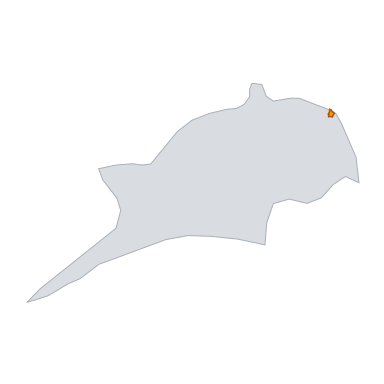 location of Acheleia, Paphos, Cyprus, rotated 179°
{"feature_id": "46923920B16437409415047", "entity_name": "Acheleia", "entity_type": "district", "adm_level": 2, "iso_a3": "CYP", "parent_name": "Cyprus", "parent_adm1": "Paphos", "projection": "equal_earth", "projection_center": [32.481, 34.728], "detail": "fine", "context": "in_parent", "style": "filled", "palette": "amber", "viewbox_px": 384, "rotation_deg": 179, "n_neighbors": 0, "source": "geoboundaries", "source_scale": "gbopen_adm2", "svg_char_len": 1795}
<svg xmlns="http://www.w3.org/2000/svg" viewBox="0 0 384 384"><g transform="rotate(179 192 192)"><path d="M281.0,205.6L285.0,216.9L268.1,220.2L251.2,221.3L241.7,219.9L232.9,220.6L205.5,252.8L190.7,263.8L173.1,270.3L155.2,274.2L146.2,274.7L138.2,278.8L132.7,286.3L132.6,293.6L130.2,299.6L120.3,298.3L116.2,286.6L109.2,281.5L91.7,284.1L83.2,283.8L55.3,272.6L46.9,268.0L41.6,258.4L27.3,223.8L24.9,198.3L38.3,204.8L50.8,196.9L62.8,183.9L77.1,178.6L86.1,180.9L94.9,183.2L110.9,179.0L117.8,159.9L120.0,137.8L147.0,144.1L174.4,147.4L196.8,148.5L218.9,144.9L286.4,121.3L305.4,107.3L317.2,102.5L337.7,90.8L359.1,84.4L345.5,97.9L268.6,157.1L263.6,174.8L267.1,187.0L278.1,201.8L281.0,205.6Z" fill="#d9dde1" stroke="#a8b0b8" stroke-width="1"/><path d="M47.8,267.9L48.0,268.1L48.3,268.3L48.6,268.4L48.9,268.5L49.1,268.7L49.3,268.9L49.5,269.1L49.6,269.4L49.7,269.6L49.8,269.7L49.8,269.8L50.0,269.9L50.3,269.9L50.5,269.9L50.7,270.2L50.9,270.4L51.0,270.6L51.0,270.8L51.2,271.1L51.2,271.4L51.3,271.5L51.5,271.7L51.6,271.8L51.7,271.7L51.9,271.7L52.0,271.7L52.4,271.7L52.6,271.8L52.8,272.1L52.9,271.7L53.0,271.1L53.1,270.8L53.1,270.6L53.1,270.4L53.1,270.1L53.1,269.8L53.2,269.5L53.3,269.3L53.3,269.0L53.3,268.8L53.5,268.6L53.6,268.4L53.9,268.4L54.0,268.4L54.1,268.0L54.2,267.8L54.3,267.7L54.4,267.4L54.4,267.2L54.2,267.1L53.8,266.9L53.9,266.7L54.0,266.7L54.0,266.4L54.1,266.0L54.2,265.7L54.2,265.3L54.2,265.1L54.0,264.8L53.7,264.8L53.3,264.9L52.9,265.0L52.5,265.1L52.4,265.1L52.0,265.1L51.8,265.0L51.8,264.9L51.8,265.0L51.5,264.9L51.2,264.9L50.8,264.8L50.4,264.5L50.2,264.7L50.1,265.1L50.1,265.4L49.9,265.6L49.9,265.9L49.7,266.1L49.5,266.3L49.5,266.5L49.4,266.6L49.3,266.8L49.2,267.0L49.0,267.3L48.7,267.6L48.4,267.8L48.3,268.0L48.1,268.0L47.8,267.9Z" fill="#f59e0b" stroke="#b45309" stroke-width="1.5"/></g></svg>